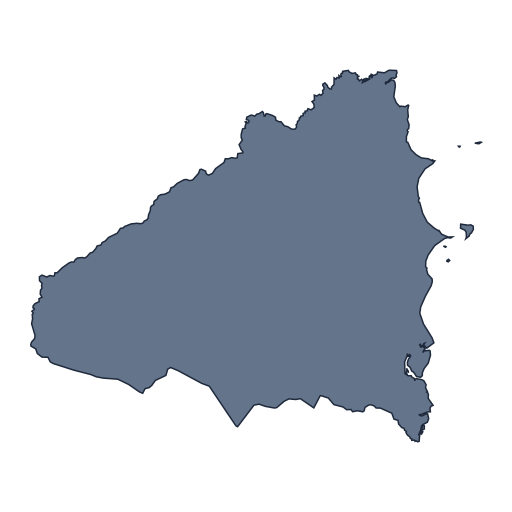 Macomia, Cabo Delgado, Mozambique
{"feature_id": "85939544B2345621089228", "entity_name": "Macomia", "entity_type": "district", "adm_level": 2, "iso_a3": "MOZ", "parent_name": "Mozambique", "parent_adm1": "Cabo Delgado", "projection": "albers", "projection_center": [40.255, -12.036], "detail": "fine", "context": "isolated", "style": "filled", "palette": "slate", "viewbox_px": 512, "rotation_deg": 0, "n_neighbors": 0, "source": "geoboundaries", "source_scale": "gbopen_adm2", "svg_char_len": 6004}
<svg xmlns="http://www.w3.org/2000/svg" viewBox="0 0 512 512"><path d="M411.8,440.3L414.4,440.1L415.0,441.3L415.9,440.8L417.7,441.8L419.1,441.4L419.9,433.0L418.8,435.7L418.9,434.2L420.8,430.0L421.4,426.3L422.5,424.7L427.3,422.3L428.7,418.7L427.6,413.8L425.3,414.1L422.2,415.9L420.4,415.7L418.7,414.4L420.2,414.8L427.7,411.9L430.4,411.8L430.0,408.0L431.1,406.2L433.1,405.4L428.2,398.4L428.4,394.5L427.8,392.8L426.6,392.1L427.4,391.5L425.5,387.7L426.1,384.7L423.8,380.7L421.9,379.7L416.2,378.6L415.2,379.2L414.9,380.8L414.2,378.4L412.0,377.2L411.2,375.7L408.2,375.8L405.0,373.6L404.6,362.0L406.8,356.7L409.8,356.0L409.5,355.4L407.3,355.8L407.0,354.7L407.4,354.3L408.1,355.3L409.7,354.5L410.7,356.0L408.5,359.1L407.4,362.3L407.5,365.2L410.0,367.3L411.8,371.1L413.7,372.3L416.5,376.5L420.6,377.3L422.3,375.7L422.4,372.7L424.1,368.6L428.2,363.2L430.5,355.2L430.1,350.9L429.4,350.3L424.3,350.9L422.8,352.5L423.6,350.4L425.2,348.8L423.2,346.6L420.7,347.1L419.7,344.5L420.3,344.3L420.9,345.9L422.8,345.6L423.7,343.7L424.7,343.2L423.6,345.1L426.9,348.1L433.9,342.8L432.0,337.7L423.6,324.2L419.8,313.3L420.7,306.9L425.5,296.0L431.2,285.7L432.3,281.7L432.1,278.9L427.8,274.2L426.5,269.3L427.0,268.2L425.6,266.6L425.8,261.1L428.1,255.1L434.7,245.6L444.6,238.5L447.7,237.6L450.6,238.1L452.5,236.9L448.1,237.0L441.7,234.3L438.9,230.4L438.4,230.8L434.1,228.0L427.3,222.2L422.7,213.4L419.7,202.4L418.6,202.1L418.6,199.5L419.4,198.5L418.3,196.4L417.1,186.8L418.8,178.3L425.1,168.8L432.8,163.6L434.6,161.2L433.1,161.5L432.6,160.8L433.4,160.4L432.2,159.8L431.6,160.5L428.6,158.8L421.3,157.9L416.1,154.7L411.0,149.7L407.8,142.3L406.4,142.0L406.4,136.6L408.1,131.8L407.4,131.3L407.4,129.7L408.7,128.5L409.1,124.8L407.3,119.5L408.3,116.7L407.7,109.8L408.7,105.4L408.1,105.0L405.2,106.7L400.8,106.1L399.9,106.8L396.3,102.8L393.8,96.8L395.3,86.1L394.9,82.3L393.6,80.3L391.4,79.9L388.4,82.3L386.5,82.8L385.8,83.9L385.4,83.3L385.6,82.2L387.7,81.8L390.8,78.5L392.5,77.9L394.6,78.4L396.5,76.7L396.1,74.9L397.0,72.8L396.5,70.5L389.1,70.2L384.4,72.8L377.6,72.0L377.0,74.0L373.6,75.5L371.2,74.2L370.8,75.2L372.4,75.9L372.1,77.5L371.1,77.6L370.9,76.2L369.7,75.8L369.1,76.8L369.4,79.1L366.2,78.4L366.2,79.0L368.2,79.8L365.9,81.1L365.2,78.9L363.9,79.0L363.4,79.7L364.8,81.5L362.3,82.7L362.8,80.6L361.6,79.3L359.2,80.8L358.5,79.1L357.3,78.9L357.6,77.4L358.8,76.3L357.4,75.9L357.4,74.8L356.2,74.6L355.5,72.9L352.0,73.4L349.2,71.9L348.3,70.4L342.6,71.3L342.6,73.1L341.3,73.4L340.8,74.3L341.4,76.5L340.5,76.7L338.9,75.6L339.2,77.9L337.0,77.5L335.9,79.2L334.1,77.9L334.0,84.4L331.5,87.2L331.4,89.0L330.0,89.0L327.8,87.3L327.4,85.5L324.9,82.9L322.9,84.1L322.8,85.6L323.9,87.1L324.0,89.2L322.6,90.4L323.0,93.2L321.0,95.4L319.6,94.3L316.7,96.0L314.3,95.1L314.4,100.1L312.0,101.5L313.8,104.0L314.3,107.4L311.2,109.8L307.9,108.7L307.1,110.8L305.0,111.3L305.2,112.8L303.1,113.4L303.2,115.6L300.6,116.3L300.4,117.7L299.4,117.9L299.2,119.9L297.5,121.5L297.2,123.8L296.1,124.8L296.6,127.2L295.0,129.2L291.6,129.1L287.8,126.7L284.3,125.8L281.0,121.7L278.8,121.7L275.8,120.1L275.5,117.2L272.6,115.5L266.9,113.6L265.8,114.0L265.2,116.0L264.2,116.1L263.3,112.5L262.4,111.5L258.8,113.8L257.0,114.0L254.8,116.1L251.3,115.0L246.8,117.2L246.3,119.6L248.7,120.3L249.1,121.6L247.9,123.0L246.6,121.7L245.3,121.9L246.1,123.5L245.0,126.4L245.5,128.0L242.6,128.9L241.2,134.3L241.2,137.7L242.3,140.1L239.1,144.6L241.1,149.5L242.9,151.7L242.8,152.9L237.8,153.6L237.2,157.8L235.2,158.3L231.8,157.6L228.2,158.8L225.3,158.7L224.0,162.5L215.6,168.6L212.4,173.4L208.4,175.2L206.3,173.8L205.6,171.1L201.3,169.2L199.9,169.6L198.5,173.4L192.6,180.0L189.7,180.6L186.5,179.5L184.1,179.7L177.2,183.4L173.5,186.9L171.0,187.7L169.5,191.8L165.0,194.1L160.7,194.7L158.3,196.1L157.3,198.9L154.1,201.3L153.7,204.6L151.3,206.1L150.5,207.6L150.3,210.6L148.6,214.6L148.1,218.2L146.9,219.8L144.2,221.1L143.0,223.0L140.8,223.7L136.9,223.3L131.1,223.9L124.6,226.5L123.2,227.9L120.4,228.4L117.3,233.2L108.6,237.4L105.3,241.0L102.1,242.6L101.1,244.9L97.1,246.0L95.9,248.5L92.7,252.2L90.0,253.1L86.7,256.9L84.3,258.1L82.3,257.5L77.4,258.0L75.4,259.5L73.9,262.1L71.3,262.0L69.1,262.9L62.3,267.7L57.1,272.8L54.9,272.8L54.5,275.4L53.6,276.2L49.9,275.5L46.7,277.0L42.0,275.1L39.4,276.8L39.5,280.7L42.1,283.4L41.5,285.7L42.0,288.2L40.5,290.2L40.2,294.1L42.0,297.1L38.9,298.8L39.2,301.6L35.0,303.6L33.1,305.9L33.0,307.9L33.9,308.1L34.3,309.4L31.9,311.2L33.4,313.2L32.2,314.5L32.6,318.7L31.6,323.7L35.1,335.7L34.5,338.7L31.5,342.2L30.7,345.0L31.1,346.2L35.7,348.8L37.3,353.5L42.0,357.1L48.0,357.3L50.2,361.8L53.1,363.5L74.0,370.2L90.7,374.5L96.3,376.8L103.2,378.1L117.8,379.2L128.7,384.5L139.4,391.9L142.7,393.3L145.0,388.7L149.2,387.6L151.8,385.4L155.4,380.4L165.9,375.4L167.7,369.2L170.6,367.5L178.2,370.7L201.6,383.3L209.3,386.2L235.9,425.8L237.6,426.7L254.0,405.1L259.1,404.2L265.5,406.4L274.3,408.0L276.6,407.7L284.4,401.1L289.0,398.9L295.7,399.5L300.4,398.7L313.8,407.9L320.2,395.7L321.5,395.8L328.3,398.0L333.9,404.6L343.1,407.0L346.6,409.7L350.9,409.5L352.6,411.7L357.4,410.8L362.8,411.8L364.2,410.7L365.0,407.4L368.8,405.0L371.1,404.8L374.2,406.0L376.1,408.0L380.4,408.1L391.8,413.2L394.0,419.2L398.0,420.3L398.6,424.0L401.9,427.7L404.1,428.3L404.5,430.1L406.3,431.4L406.0,432.7L407.5,435.1L409.6,436.6L410.5,438.6L411.8,438.9L411.8,440.3ZM468.2,225.2L460.7,224.1L460.5,228.2L464.9,230.2L466.2,232.3L466.4,237.1L465.8,238.7L469.2,236.0L469.9,233.9L471.4,233.0L473.4,229.3L473.2,226.2L470.8,224.8L468.2,225.2ZM421.4,430.6L424.3,429.0L424.4,425.9L423.9,425.3L422.4,426.2L421.4,430.6ZM481.3,142.3L480.3,142.0L474.8,143.2L478.9,143.8L481.3,142.3ZM448.3,261.8L449.7,260.5L448.5,259.3L446.9,260.5L446.9,261.4L448.3,261.8ZM408.3,372.1L408.2,371.1L406.6,368.4L406.9,371.6L408.3,372.1ZM422.6,432.2L421.7,432.3L422.6,431.0L421.3,432.2L421.2,434.6L422.6,432.2ZM445.5,247.3L446.1,246.8L445.5,246.3L443.4,246.1L445.5,247.3ZM407.5,374.7L405.5,372.0L405.1,372.0L405.6,373.5L407.5,374.7ZM459.7,147.1L460.1,146.2L458.4,146.2L459.0,147.0L459.7,147.1Z" fill="#64748b" stroke="#1e293b" stroke-width="1.5"/></svg>